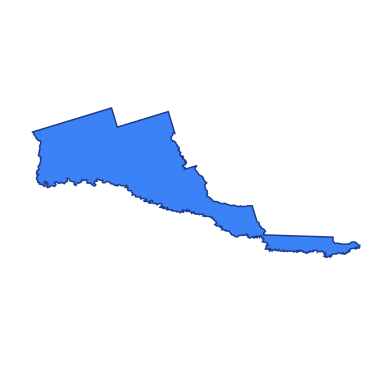 San Diego, Cesar, Colombia, rotated 253°
{"feature_id": "7082276B78047797507683", "entity_name": "San Diego", "entity_type": "district", "adm_level": 2, "iso_a3": "COL", "parent_name": "Colombia", "parent_adm1": "Cesar", "projection": "equal_earth", "projection_center": [-73.366, 10.112], "detail": "fine", "context": "isolated", "style": "filled", "palette": "blue", "viewbox_px": 384, "rotation_deg": 253, "n_neighbors": 0, "source": "geoboundaries", "source_scale": "gbopen_adm2", "svg_char_len": 6007}
<svg xmlns="http://www.w3.org/2000/svg" viewBox="0 0 384 384"><g transform="rotate(253 192 192)"><path d="M244.3,48.3L242.6,51.3L240.6,52.3L241.0,54.2L242.4,55.1L244.1,53.4L244.6,53.6L245.0,54.1L244.5,55.3L244.0,56.2L242.6,56.6L240.4,56.1L239.3,54.7L238.6,55.0L238.4,56.9L239.3,59.2L238.9,60.5L237.6,61.9L238.1,63.4L239.3,64.2L240.9,63.2L241.5,63.5L241.2,65.5L239.1,67.3L239.1,70.3L237.3,72.4L238.4,74.1L238.9,76.2L241.5,76.4L241.7,77.0L240.4,78.3L238.2,78.7L235.9,82.4L233.9,81.5L232.4,82.3L232.6,83.6L233.8,84.1L234.4,85.0L233.6,86.3L233.6,87.7L234.7,90.1L235.9,90.0L236.1,90.6L234.7,92.2L234.5,94.8L231.2,94.3L230.0,97.8L228.4,98.3L226.3,100.4L226.5,101.6L227.4,102.1L229.1,100.7L229.8,101.1L230.3,102.1L230.2,104.4L231.8,104.1L232.1,105.6L230.4,106.9L229.3,110.0L227.8,109.1L226.9,109.6L226.4,111.3L226.9,113.5L226.7,114.5L224.8,116.5L223.7,116.8L223.0,118.4L220.9,120.0L220.9,121.8L219.7,122.1L219.6,123.0L220.4,123.8L220.5,124.8L218.6,126.4L217.7,129.0L217.5,131.4L216.9,131.6L215.8,129.7L214.8,132.0L212.9,131.1L211.8,131.8L211.1,134.1L209.5,134.2L208.6,134.9L206.4,133.9L206.5,136.1L205.2,137.0L203.9,136.6L203.1,138.6L202.7,141.2L201.1,140.7L200.3,141.0L200.2,143.2L198.8,145.8L198.0,146.0L197.6,144.6L197.8,143.6L197.4,143.4L196.6,144.3L195.8,147.3L193.6,147.8L193.6,149.7L195.6,149.0L196.0,150.5L195.7,151.3L195.1,151.7L193.6,150.6L191.9,152.6L191.4,154.7L190.0,154.9L190.5,157.5L189.9,159.2L188.9,159.5L188.0,158.8L186.8,159.7L186.7,159.1L187.3,157.8L186.8,156.9L186.0,158.4L186.2,160.6L185.4,161.0L184.9,159.7L184.4,160.1L184.1,164.0L183.4,164.2L182.7,162.6L182.2,162.8L182.0,165.0L181.2,165.9L180.9,167.5L179.7,167.5L178.6,171.1L177.6,171.4L177.1,173.7L175.7,174.6L175.9,176.8L175.2,178.0L175.9,178.3L176.9,177.3L177.6,178.0L175.9,180.0L176.8,181.9L175.0,181.3L174.7,182.1L175.5,183.5L175.4,184.4L174.0,183.8L172.8,185.7L171.7,185.5L172.7,187.9L171.9,188.2L171.1,187.6L169.5,189.4L169.6,191.4L168.4,191.9L167.8,195.6L166.7,196.1L165.9,195.4L165.5,196.2L165.8,197.3L164.7,197.5L164.6,198.8L163.3,201.8L162.3,202.4L161.9,204.0L160.6,203.6L160.3,204.8L158.5,204.8L156.8,206.6L155.8,206.0L154.6,206.6L154.3,204.4L152.4,205.5L152.0,206.1L152.2,207.6L150.9,208.5L150.6,210.2L150.0,210.3L149.9,208.9L148.4,210.4L147.3,209.4L146.4,211.7L144.8,213.0L145.4,213.6L144.4,214.3L144.1,215.6L142.2,216.7L139.7,217.2L138.2,219.4L136.8,220.1L135.8,222.4L136.7,223.4L136.3,224.4L136.5,226.4L135.7,227.4L135.8,228.4L135.2,229.4L136.0,231.7L135.1,232.3L135.0,231.5L134.1,231.7L133.9,233.0L132.2,232.4L131.0,234.0L131.7,236.1L130.6,237.2L131.3,238.5L131.0,238.9L129.9,238.4L130.2,240.0L129.2,240.8L129.9,241.5L130.8,240.3L131.1,241.0L129.7,242.0L130.1,243.2L128.9,243.5L130.1,244.5L130.0,245.1L127.9,245.4L127.2,246.4L126.6,245.7L125.7,246.8L123.8,244.7L121.7,248.8L120.0,248.6L119.1,249.3L119.3,248.1L118.7,247.9L118.5,247.0L117.7,247.3L116.1,245.5L115.5,246.2L115.4,248.1L114.3,248.6L114.6,249.2L115.2,249.2L115.1,250.5L112.9,249.2L113.2,251.2L112.2,251.4L113.1,252.7L113.1,254.0L112.0,254.3L112.7,255.2L111.4,255.8L110.6,257.4L111.5,258.2L110.7,258.2L109.2,260.0L109.6,262.8L108.4,262.4L108.1,264.9L107.2,265.7L107.6,266.8L106.7,268.4L106.6,270.0L104.9,271.8L105.5,272.4L104.8,273.6L104.9,274.6L104.0,274.6L104.4,275.7L105.2,275.7L104.7,276.4L103.8,276.1L103.8,277.2L104.7,277.2L104.6,278.8L103.8,278.5L103.2,280.8L102.0,280.6L101.6,282.1L100.8,282.5L100.6,283.4L100.0,283.5L100.1,285.3L100.9,285.5L100.1,287.3L101.0,287.5L100.2,288.4L100.2,289.7L99.6,290.1L100.0,291.0L99.6,291.7L100.4,291.2L100.0,293.8L98.9,294.7L97.9,294.4L98.3,295.1L97.3,297.1L97.6,298.6L97.1,299.6L96.6,299.4L96.1,300.6L95.0,301.1L94.4,300.3L94.1,301.6L93.3,300.7L92.6,301.1L91.9,299.5L90.7,300.7L90.7,301.7L90.1,302.0L90.7,303.1L90.0,304.3L90.8,304.8L89.7,305.3L90.6,305.7L90.0,306.7L90.8,306.9L91.5,308.9L90.7,311.2L91.1,312.0L90.4,312.5L91.1,314.7L89.4,316.4L89.2,317.9L90.1,318.3L88.9,319.3L88.1,319.1L88.0,320.9L88.7,322.9L89.2,322.7L88.9,325.1L89.8,324.7L90.0,325.8L90.4,324.5L90.4,326.4L91.2,326.6L91.2,329.2L89.8,332.1L90.2,332.8L91.1,332.1L91.3,333.2L90.8,333.6L90.0,333.3L90.4,334.3L89.5,335.2L89.7,335.9L92.0,336.9L92.5,335.5L93.7,335.3L96.5,333.2L97.5,329.9L96.4,327.7L97.2,323.6L98.0,320.9L100.4,316.4L101.0,313.8L104.0,312.4L107.6,313.7L130.1,247.7L130.7,248.6L131.2,248.2L132.2,248.9L132.7,250.6L133.5,250.7L135.8,249.5L137.0,247.9L138.9,247.7L139.4,246.7L142.9,247.1L143.8,246.6L144.2,245.5L161.3,245.5L162.6,240.6L162.3,238.9L163.1,237.5L163.4,235.4L164.6,234.1L164.3,233.2L164.6,231.7L167.0,228.5L167.9,224.6L169.2,223.3L170.0,221.6L171.5,220.4L172.4,216.1L174.1,214.9L174.2,213.9L175.0,213.7L176.0,212.1L176.1,210.9L177.3,209.4L179.8,208.4L180.4,207.5L181.2,207.6L184.0,204.9L185.9,206.4L186.7,205.9L188.3,206.9L190.9,205.8L195.1,206.2L196.4,208.7L200.3,206.6L201.1,207.1L201.6,206.6L203.8,206.6L205.0,204.8L206.1,204.4L206.5,203.6L209.8,202.8L211.7,201.7L214.2,201.8L215.3,204.0L215.8,204.0L215.8,192.5L216.0,192.8L216.9,191.7L217.2,192.4L218.3,191.3L219.3,191.5L219.5,190.9L219.8,191.7L220.4,191.7L220.1,193.2L220.7,193.4L220.8,194.4L221.5,194.1L221.6,195.1L223.3,195.2L223.4,194.1L224.5,194.7L224.9,194.0L226.5,193.6L226.6,192.9L227.7,193.8L227.9,193.2L228.4,193.5L228.4,192.7L229.2,193.3L229.7,192.8L229.6,192.1L230.6,191.1L232.9,192.6L233.0,192.1L234.6,192.1L235.7,191.1L235.9,191.9L236.7,191.5L237.6,192.6L238.9,192.3L239.8,191.3L240.3,191.8L242.7,190.8L244.0,191.0L246.1,189.6L246.2,188.6L248.2,187.6L250.4,188.0L252.8,190.7L254.1,191.1L254.3,191.7L253.3,192.7L275.8,192.8L275.9,139.5L295.9,139.6L296.0,57.1L294.1,57.9L293.4,57.6L292.0,58.3L288.7,58.8L286.0,60.3L285.5,61.6L283.9,62.0L282.0,61.1L281.0,60.0L277.8,59.2L274.5,57.3L273.7,57.4L272.4,55.9L271.4,55.9L270.2,57.4L268.8,57.0L268.5,57.4L267.7,56.7L267.1,57.1L262.7,54.2L261.4,52.3L258.6,52.4L257.4,49.7L255.8,49.4L255.5,48.8L254.4,48.8L254.2,49.5L253.8,49.0L253.4,49.6L253.4,49.2L252.9,49.5L251.1,47.5L250.8,47.9L249.4,47.1L248.0,47.9L246.7,48.0L246.7,47.4L246.3,47.5L245.3,48.8L244.3,48.3Z" fill="#3b82f6" stroke="#1e3a8a" stroke-width="1.5"/></g></svg>